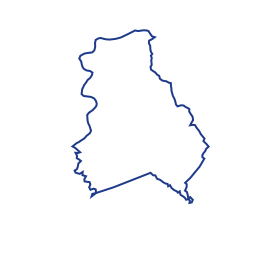 Quarto Centenário, Paraná, Brazil, rotated 66°
{"feature_id": "56859067B6755584061341", "entity_name": "Quarto Centenário", "entity_type": "district", "adm_level": 2, "iso_a3": "BRA", "parent_name": "Brazil", "parent_adm1": "Paraná", "projection": "mercator", "projection_center": [-53.154, -24.316], "detail": "fine", "context": "isolated", "style": "outline", "palette": "blue", "viewbox_px": 256, "rotation_deg": 66, "n_neighbors": 0, "source": "geoboundaries", "source_scale": "gbopen_adm2", "svg_char_len": 2387}
<svg xmlns="http://www.w3.org/2000/svg" viewBox="0 0 256 256"><g transform="rotate(66 128 128)"><path d="M44.8,144.3L48.1,143.7L51.4,144.4L53.8,144.7L56.2,144.2L58.7,142.3L60.4,139.6L62.9,137.9L65.1,139.5L66.9,142.3L67.7,145.3L69.4,147.8L70.9,150.5L74.0,154.1L78.1,156.6L80.7,155.5L84.6,149.1L87.2,146.9L90.1,146.3L92.5,146.5L94.5,147.5L95.7,149.1L97.2,152.7L97.7,155.1L98.2,157.6L99.5,160.0L103.1,161.3L105.1,162.0L107.6,162.4L110.6,162.3L115.5,162.9L117.3,165.1L118.4,169.3L119.8,172.2L120.3,175.9L120.9,178.8L120.9,181.0L122.3,186.2L125.1,184.1L128.1,182.8L130.7,181.6L130.5,183.8L129.3,186.0L132.6,185.8L134.7,187.1L136.9,185.5L139.0,184.4L140.2,187.7L143.0,189.7L144.9,191.5L145.2,194.1L147.4,194.1L150.3,190.8L149.7,187.3L152.6,188.8L155.0,186.0L156.9,188.6L159.1,189.4L160.4,187.5L161.8,185.1L164.3,185.4L166.4,187.6L169.2,187.4L169.4,184.2L170.9,182.5L174.4,183.6L176.3,165.3L178.0,128.2L178.1,125.6L181.4,124.3L182.4,122.3L186.2,122.1L188.5,119.7L191.9,117.9L193.9,116.4L195.2,114.6L197.6,115.0L197.3,112.9L200.5,112.6L203.4,111.2L205.5,109.3L207.4,108.7L206.9,106.5L210.4,107.2L213.0,105.4L215.0,104.4L217.2,104.1L217.5,101.7L212.7,100.5L210.4,100.2L208.4,101.4L205.8,98.5L203.3,97.2L201.3,98.1L199.1,91.7L198.0,89.5L195.3,84.1L192.5,78.4L187.0,70.7L185.0,71.9L183.0,71.1L181.5,69.0L180.6,67.0L178.8,65.0L177.8,61.9L174.4,62.9L170.6,64.4L168.8,62.4L166.9,63.0L163.2,64.0L159.7,64.2L156.7,65.0L154.8,65.4L152.7,65.5L151.5,67.4L150.8,70.1L149.1,68.0L147.3,65.4L144.0,64.4L141.4,64.9L137.9,65.4L135.7,64.3L134.0,65.3L132.3,66.8L130.0,68.1L128.8,70.4L128.4,73.9L126.1,74.6L123.0,74.0L120.1,73.7L116.8,73.9L114.2,73.5L111.6,73.1L109.2,72.2L106.3,71.4L104.4,70.6L103.2,72.3L101.0,73.9L99.5,76.2L98.1,77.7L95.9,78.8L93.1,78.3L90.9,79.8L88.3,80.5L86.2,81.9L84.0,83.2L81.4,82.6L80.0,80.7L77.4,79.8L75.6,79.2L73.7,77.8L71.3,77.7L70.2,75.7L67.5,76.1L64.8,75.4L61.9,74.3L58.9,74.4L56.8,73.2L56.6,69.7L55.9,66.6L54.0,68.8L50.3,69.5L47.8,69.8L46.4,71.4L45.0,74.2L43.6,79.2L41.8,81.9L42.2,90.1L42.4,97.6L42.1,99.7L41.6,102.8L40.6,106.1L39.8,108.7L38.3,111.6L36.8,113.7L34.6,116.4L34.1,118.8L34.4,121.7L36.9,123.5L40.6,125.0L43.4,127.2L44.4,129.9L43.2,133.9L42.3,137.2L42.4,139.3L42.7,142.2L44.8,144.3ZM217.5,101.7L219.7,101.1L221.4,102.3L221.9,100.1L220.0,98.0L216.4,99.3L217.5,101.7ZM174.4,183.6L173.7,187.4L175.7,189.1L174.4,183.6Z" fill="none" stroke="#1e3a8a" stroke-width="2"/></g></svg>